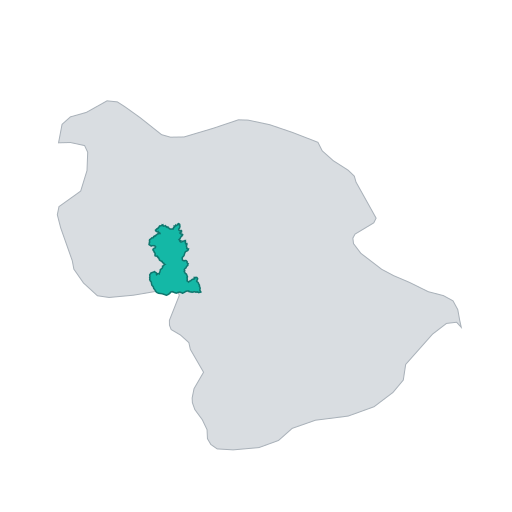 Nyanza, Southern, Rwanda (highlighted), rotated 76°
{"feature_id": "39286606B66592032419282", "entity_name": "Nyanza", "entity_type": "district", "adm_level": 2, "iso_a3": "RWA", "parent_name": "Rwanda", "parent_adm1": "Southern", "projection": "robinson", "projection_center": [29.757, -2.344], "detail": "fine", "context": "in_parent", "style": "filled", "palette": "teal", "viewbox_px": 512, "rotation_deg": 76, "n_neighbors": 0, "source": "geoboundaries", "source_scale": "gbopen_adm2", "svg_char_len": 6900}
<svg xmlns="http://www.w3.org/2000/svg" viewBox="0 0 512 512"><g transform="rotate(76 256 256)"><path d="M202.3,141.3L208.4,141.1L248.3,130.3L252.3,133.7L258.7,154.6L262.1,157.7L267.6,158.4L278.8,153.6L299.4,137.2L308.3,127.3L318.9,113.3L332.3,97.5L339.8,83.7L347.2,75.7L356.8,73.2L367.5,73.9L374.9,74.1L368.8,77.4L367.5,87.5L374.5,103.6L397.4,137.0L412.0,143.1L421.5,156.1L430.8,177.9L433.6,205.3L429.7,238.2L432.0,262.6L440.4,278.7L442.6,299.5L438.6,325.0L433.8,340.3L428.0,345.4L421.5,347.3L412.7,345.5L401.9,347.7L390.2,352.5L382.9,353.2L378.3,352.3L369.7,348.2L356.1,335.0L330.7,342.3L323.8,342.1L314.4,348.4L306.9,356.1L302.2,356.7L297.5,355.6L275.7,340.0L267.7,340.5L264.4,384.3L260.7,408.6L256.2,419.5L240.5,429.9L224.7,435.9L216.1,435.4L181.4,438.7L167.9,438.8L160.4,435.2L150.6,410.4L132.2,399.3L114.6,394.2L107.4,395.6L101.0,408.6L98.4,420.2L81.3,412.3L76.1,402.4L75.6,385.8L69.4,363.0L72.9,353.3L79.6,347.0L93.8,334.9L115.4,318.3L120.0,310.3L123.1,297.0L121.7,266.2L119.6,240.2L122.2,230.9L132.0,210.8L145.3,190.2L160.7,168.4L170.0,166.3L182.2,158.0L195.1,145.8L202.3,141.3Z" fill="#d9dde1" stroke="#a8b0b8" stroke-width="1"/><path d="M277.5,318.2L275.5,318.8L273.8,318.0L273.1,318.0L272.2,318.1L271.8,318.3L270.6,317.9L269.7,318.3L268.4,318.4L267.7,318.6L267.2,319.0L266.6,319.5L266.2,319.7L265.7,319.4L264.0,318.1L262.6,318.5L262.3,319.0L262.0,320.7L261.9,321.1L262.7,321.1L262.9,321.0L263.4,321.7L263.2,322.1L263.4,322.5L263.2,322.8L263.3,323.3L263.3,323.7L263.5,323.9L263.8,324.7L264.1,325.1L264.3,325.7L264.3,326.6L265.0,327.7L264.6,327.9L263.6,328.9L263.2,328.9L262.6,328.4L261.8,328.4L261.2,328.2L260.5,328.2L260.3,328.2L259.8,327.6L259.5,327.5L258.8,327.7L257.8,327.7L257.2,327.9L256.7,327.9L255.6,328.9L255.1,329.0L254.3,329.1L253.9,329.4L253.5,329.4L253.1,329.0L253.1,328.9L253.0,328.7L252.3,328.8L251.7,328.8L250.9,327.8L250.7,327.0L250.6,326.8L249.5,326.1L248.9,325.2L248.9,324.8L248.6,324.4L247.8,324.3L247.3,324.0L247.1,323.7L246.0,324.5L245.5,324.5L244.8,324.2L243.7,324.8L243.5,325.0L243.2,325.9L243.2,326.3L243.4,326.8L242.4,328.3L242.1,328.4L241.6,328.2L240.9,328.3L240.4,328.1L240.0,328.1L239.3,327.5L238.8,326.6L238.2,325.8L235.6,324.2L234.9,323.5L234.5,322.6L234.5,322.1L234.2,320.9L233.5,320.2L232.8,319.8L232.4,321.0L232.0,321.4L231.3,321.0L229.4,321.2L228.6,320.5L227.6,320.1L227.2,320.1L227.2,320.4L227.3,321.2L226.9,321.3L226.2,321.3L226.0,321.2L225.7,321.3L225.1,320.9L224.3,321.0L223.9,320.8L223.8,321.3L224.0,321.6L224.1,322.2L223.9,323.0L224.1,323.4L224.0,323.9L224.2,324.2L224.3,324.6L224.3,325.5L224.0,325.9L223.7,325.9L223.1,326.4L222.7,326.4L222.6,325.9L222.5,326.1L222.2,326.3L221.6,326.2L221.4,326.6L220.5,325.3L219.3,324.3L218.9,323.6L218.7,323.5L218.6,323.0L218.3,323.0L218.0,322.4L217.7,322.4L217.6,322.0L217.2,322.1L216.2,323.8L215.7,324.1L215.3,324.3L215.1,323.4L214.7,323.4L214.6,323.1L214.6,322.5L214.3,322.5L213.9,322.2L213.7,322.3L213.4,322.2L213.1,322.4L213.0,323.7L212.8,324.1L212.4,324.5L211.9,324.6L210.9,324.3L210.6,323.9L210.4,323.4L209.5,323.0L209.3,322.8L208.4,322.5L207.8,322.7L207.4,322.8L207.1,322.4L206.8,322.4L206.6,322.5L205.8,323.3L205.9,323.6L206.1,323.6L206.3,323.7L206.3,323.9L206.5,323.8L206.8,324.4L206.7,324.7L206.9,325.0L206.9,325.5L207.2,326.1L207.2,326.4L207.0,326.5L207.3,326.6L207.2,327.1L207.3,327.1L207.3,327.3L207.4,327.8L207.6,327.7L207.9,327.9L207.7,328.1L208.1,328.1L208.2,328.3L208.3,328.5L208.3,328.8L208.5,328.9L208.6,329.2L208.9,329.3L209.1,329.3L209.3,329.6L209.4,329.4L209.4,329.6L209.7,329.7L209.8,330.0L209.5,330.6L209.5,331.2L209.0,332.9L208.8,333.1L207.4,334.1L207.2,334.4L207.1,334.6L206.9,334.6L206.8,334.8L206.6,334.7L206.6,334.9L206.2,335.3L206.3,335.6L206.1,335.6L205.9,335.7L205.9,336.1L204.9,336.5L205.0,336.6L204.8,336.8L204.8,337.0L204.6,338.3L204.6,338.7L204.4,338.8L204.3,338.6L204.2,338.7L203.3,338.8L203.4,339.0L203.2,339.3L203.4,339.3L203.6,339.9L203.6,340.6L203.7,341.0L203.5,342.2L203.7,342.4L203.8,342.6L204.2,342.7L204.7,343.6L205.2,344.0L205.3,344.5L205.5,344.5L205.8,345.0L205.7,345.9L206.4,346.5L206.5,347.2L206.9,347.3L207.2,347.1L207.3,347.2L207.8,346.9L208.3,346.3L208.4,346.2L208.6,346.1L208.8,345.8L208.7,345.4L208.9,345.5L209.0,345.2L209.2,344.9L210.0,344.2L210.3,343.8L211.0,343.7L210.9,344.2L210.6,344.5L210.6,345.3L210.8,345.4L210.7,345.6L210.8,346.3L211.3,347.0L211.4,347.6L211.6,348.1L211.8,348.1L212.0,348.3L212.0,348.7L212.4,349.3L212.1,349.7L212.3,349.8L212.4,350.7L213.3,351.0L213.4,351.8L213.3,352.1L213.2,352.8L213.7,353.4L213.7,353.6L214.3,354.6L214.3,355.2L214.7,355.3L215.0,355.6L215.7,355.7L216.7,355.8L216.8,356.0L217.1,356.0L217.3,356.3L217.6,356.4L218.2,356.6L218.7,357.0L219.1,357.0L219.7,356.5L219.8,356.2L221.0,355.3L220.8,354.8L220.8,354.2L221.1,353.3L221.1,353.0L221.4,352.1L222.0,351.5L222.5,351.5L222.8,351.2L223.1,351.5L223.3,351.5L223.6,351.7L223.8,352.1L223.8,353.0L224.3,353.6L224.4,354.2L225.1,354.5L226.0,354.3L226.9,353.7L227.6,353.9L228.8,353.3L229.0,353.3L229.7,353.3L229.9,353.5L230.1,353.5L230.3,353.7L231.3,353.9L231.8,353.2L232.1,352.5L232.2,351.9L233.0,351.6L233.3,351.4L233.4,351.6L233.6,351.5L234.0,351.4L234.4,350.9L235.3,350.8L235.7,350.6L236.2,350.7L236.6,350.6L237.3,350.0L237.4,349.7L237.6,349.5L238.0,349.3L238.3,348.9L238.6,348.3L239.3,348.4L239.6,348.3L240.0,347.8L240.5,347.7L240.7,347.2L241.5,347.1L242.0,346.6L242.0,346.9L242.5,347.3L243.0,348.2L243.3,349.2L243.8,349.1L244.3,349.3L244.6,349.6L245.2,350.0L245.8,351.5L246.2,352.2L246.8,352.3L248.0,353.0L248.3,353.1L248.9,353.6L249.1,353.8L249.4,354.1L249.9,354.2L249.5,354.7L249.4,355.4L249.4,355.6L249.8,356.2L250.1,357.0L249.6,357.0L249.1,356.6L248.8,356.5L248.0,357.0L247.5,357.8L246.6,358.1L246.8,359.0L246.7,359.4L246.9,360.2L246.9,361.1L247.0,361.5L247.0,362.0L247.4,362.3L247.6,362.6L247.8,362.7L248.0,363.1L248.6,363.7L250.0,363.8L250.8,364.1L251.1,364.4L252.2,364.4L253.3,364.9L254.2,364.6L254.7,364.6L255.1,364.2L255.4,364.2L256.1,363.9L257.7,364.1L259.1,364.1L260.1,363.6L260.9,363.1L262.6,363.1L265.4,361.9L266.4,361.7L266.9,361.4L267.6,360.8L268.6,359.5L269.9,356.2L271.7,353.4L272.4,352.5L272.2,350.9L271.8,350.2L271.9,349.9L271.4,348.8L271.0,348.5L271.0,348.1L270.6,347.7L270.4,347.6L270.2,347.0L270.4,346.6L270.3,346.2L270.4,345.6L270.6,345.6L270.7,345.2L271.0,345.1L271.1,344.6L271.5,344.3L272.0,343.7L272.2,343.0L272.5,342.8L272.7,342.5L272.8,341.8L272.6,340.8L272.4,340.6L272.4,340.2L272.6,339.8L272.5,338.6L273.0,338.1L273.1,337.7L273.3,337.6L273.7,337.0L273.9,336.5L274.3,336.4L274.3,335.9L274.1,335.4L274.1,335.0L273.9,334.5L273.9,334.0L273.4,333.1L273.4,332.6L273.3,332.2L273.5,330.2L273.7,329.8L273.9,329.9L274.2,329.6L274.4,329.6L274.5,329.2L275.1,328.2L275.2,327.4L275.7,326.9L275.6,326.7L275.8,325.9L275.7,325.6L275.8,325.1L275.6,324.7L276.2,323.5L276.7,323.0L276.5,322.2L276.7,321.4L276.9,321.2L277.1,321.2L277.3,320.7L277.7,320.4L277.6,319.9L277.7,318.7L277.5,318.4L277.5,318.2Z" fill="#14b8a6" stroke="#0f766e" stroke-width="1.5"/></g></svg>